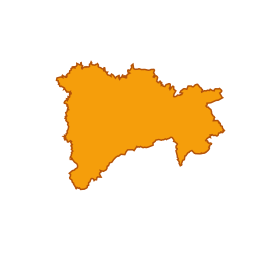 outline of Dam Rong, Lâm Đồng, Vietnam, rotated 28°
{"feature_id": "81297802B48811804766969", "entity_name": "Dam Rong", "entity_type": "district", "adm_level": 2, "iso_a3": "VNM", "parent_name": "Vietnam", "parent_adm1": "Lâm Đồng", "projection": "albers", "projection_center": [108.207, 12.042], "detail": "fine", "context": "isolated", "style": "filled", "palette": "amber", "viewbox_px": 256, "rotation_deg": 28, "n_neighbors": 0, "source": "geoboundaries", "source_scale": "gbopen_adm2", "svg_char_len": 5740}
<svg xmlns="http://www.w3.org/2000/svg" viewBox="0 0 256 256"><g transform="rotate(28 128 128)"><path d="M97.4,195.6L99.1,196.0L99.8,197.6L99.8,199.2L100.5,200.0L102.8,200.3L104.3,202.0L105.9,202.3L106.2,203.0L109.3,204.8L110.5,205.9L110.9,205.8L110.9,204.4L112.4,204.5L113.2,203.7L115.0,204.5L118.1,202.5L119.7,200.3L119.8,199.3L119.2,198.0L120.1,197.1L118.9,194.7L119.6,193.3L119.2,190.6L119.8,189.5L121.4,189.2L122.7,190.3L123.0,189.2L124.5,188.5L123.9,186.6L124.1,185.5L127.3,184.0L124.5,182.1L124.1,181.1L124.8,179.4L123.6,178.5L126.6,177.8L128.3,175.3L128.4,173.7L127.7,172.0L127.7,171.1L128.5,170.5L128.1,167.5L129.8,165.7L130.1,162.8L131.0,159.5L132.0,157.7L133.0,157.2L134.1,154.5L137.7,153.0L137.5,150.1L137.9,147.5L142.3,145.0L144.0,145.1L144.5,140.1L145.6,140.3L146.0,139.7L147.2,139.4L147.6,138.5L150.5,138.3L151.7,137.2L153.3,136.7L154.6,135.6L158.2,131.4L157.1,129.5L158.2,127.1L158.3,125.6L160.6,123.7L163.2,123.1L164.2,122.0L165.0,121.7L166.1,120.1L167.5,120.1L167.9,119.0L168.9,118.3L170.3,116.0L171.6,115.7L173.8,116.8L174.6,117.6L174.6,118.4L175.9,118.2L179.0,118.8L179.3,119.4L178.9,120.8L179.2,122.1L179.9,123.1L181.1,123.1L181.4,123.5L181.0,125.5L184.7,129.5L185.3,130.7L186.8,131.4L187.1,132.4L186.7,132.7L189.4,133.9L189.6,135.1L191.9,136.8L192.7,135.6L192.7,135.1L192.0,134.7L191.5,130.9L192.6,129.5L191.4,126.0L192.1,125.4L192.5,121.8L193.4,120.8L193.3,120.2L194.0,119.1L195.0,117.9L198.4,119.1L199.7,118.9L203.9,116.9L204.2,116.3L204.7,116.2L204.7,115.7L205.3,115.7L207.6,114.0L207.7,113.1L208.2,112.9L209.2,110.2L209.5,108.3L209.4,107.7L208.5,107.1L208.8,106.3L208.3,106.0L208.5,104.2L209.2,103.3L209.0,102.5L208.0,102.5L206.5,103.5L204.9,103.1L204.8,102.4L204.2,102.1L202.6,102.7L202.3,102.4L202.7,101.9L202.7,100.3L203.9,97.9L205.2,97.7L204.2,96.8L204.6,96.1L204.0,95.5L205.1,95.2L205.0,94.7L205.4,94.3L206.8,94.6L208.8,93.3L209.7,93.5L210.4,93.2L210.9,92.1L210.5,90.0L211.7,89.0L211.8,87.9L212.6,87.7L213.2,88.0L213.7,87.5L214.2,85.3L213.3,85.6L213.5,84.7L211.6,83.9L210.4,82.3L208.7,82.5L207.3,80.7L206.8,80.6L206.3,81.0L205.4,80.4L205.7,80.1L203.7,79.3L199.9,81.5L199.8,81.1L200.2,80.4L199.4,79.1L199.6,78.1L198.6,77.5L196.8,77.2L196.2,76.5L195.0,76.1L194.3,74.7L192.5,72.8L190.3,72.5L189.2,71.9L188.0,72.5L186.6,72.0L186.5,71.4L187.0,71.2L186.8,70.0L186.1,69.1L189.3,66.8L192.7,62.4L194.7,61.0L197.4,56.8L196.4,56.6L192.5,54.1L193.5,52.2L193.4,51.2L192.9,50.8L190.2,50.1L189.5,51.0L187.0,52.2L186.2,53.3L186.7,54.6L184.9,55.3L182.4,55.2L182.3,56.6L180.5,57.3L179.5,58.6L177.8,59.3L176.2,61.7L175.9,61.4L176.1,60.2L175.6,59.1L174.8,59.2L173.9,58.4L172.7,58.4L169.0,56.8L168.4,57.0L167.1,58.4L166.4,60.9L165.3,61.5L164.3,61.2L161.4,62.7L161.7,66.2L159.8,66.6L158.6,67.4L157.2,70.7L157.3,72.4L159.7,71.6L159.7,73.3L158.5,74.1L158.5,74.8L156.2,75.7L156.1,76.6L155.4,77.8L154.0,78.8L153.4,78.6L152.7,76.6L152.8,72.7L150.3,72.4L148.9,70.0L148.0,70.0L147.6,70.7L147.0,74.3L145.8,73.4L145.9,71.6L144.8,69.6L144.3,69.4L143.4,69.6L141.3,71.8L141.1,74.1L139.4,74.6L138.4,73.7L137.5,74.7L137.2,73.7L136.2,73.4L136.7,72.4L136.2,72.0L135.2,72.3L134.4,71.6L133.9,72.2L133.8,73.6L133.2,73.8L131.3,73.2L130.5,69.6L129.8,69.0L128.6,68.7L127.8,69.0L127.3,71.0L126.3,71.0L126.5,68.2L124.7,67.4L124.2,64.5L123.3,64.1L120.8,65.6L120.1,66.6L118.8,67.5L115.4,68.4L112.4,70.1L109.9,70.5L109.0,71.5L106.6,72.9L105.0,72.8L102.4,69.3L101.6,71.3L102.9,73.0L102.6,75.9L102.2,76.7L101.0,76.6L100.7,77.1L101.6,78.6L103.8,78.7L102.6,80.3L102.1,82.4L103.1,84.3L102.8,84.7L102.0,84.8L101.7,83.6L100.8,83.3L100.1,84.2L101.0,84.8L99.7,85.4L98.8,84.7L98.7,83.8L98.3,83.8L98.5,86.4L96.9,87.6L97.8,88.3L97.7,89.0L95.6,87.4L96.0,86.3L95.4,85.8L93.7,88.2L93.5,89.9L90.2,88.3L88.1,88.1L88.0,89.7L88.6,90.3L87.0,90.2L85.2,90.6L83.7,89.9L83.7,88.3L82.4,89.1L81.3,88.3L80.1,88.9L79.6,88.8L79.3,88.2L80.0,88.2L80.1,87.0L79.1,85.8L78.6,86.0L78.8,87.1L77.5,87.9L75.5,87.6L74.0,88.0L72.9,87.8L72.3,86.3L70.8,85.5L70.5,86.5L69.7,87.0L69.3,88.0L66.8,89.0L65.7,88.7L65.3,87.4L64.4,86.9L64.6,89.1L64.1,89.8L65.1,91.7L64.2,92.9L62.8,93.2L62.4,94.1L61.4,94.0L59.9,96.2L59.7,97.3L59.2,97.1L58.7,96.3L58.8,94.5L57.6,94.4L56.0,92.3L55.7,92.7L56.6,94.2L56.1,94.8L52.5,95.0L53.5,96.6L53.2,98.1L52.2,98.9L52.9,99.9L52.3,100.0L51.3,99.5L50.7,99.7L50.2,100.4L51.0,100.8L49.8,102.2L50.6,103.4L49.7,104.9L50.6,107.0L49.6,107.8L48.9,109.9L49.8,110.8L49.9,112.1L49.3,112.4L49.4,111.7L48.9,111.4L47.4,112.6L45.4,112.2L45.4,112.9L46.7,114.1L44.8,114.4L41.8,117.2L42.5,119.5L44.2,119.1L44.8,120.1L45.6,120.8L46.3,120.8L46.1,122.0L47.5,122.2L48.3,123.2L49.4,122.9L49.6,122.4L53.0,122.5L53.2,124.0L53.7,123.3L54.4,123.3L55.6,124.4L56.4,124.2L57.1,125.0L58.9,123.9L59.7,124.4L60.1,123.2L60.5,124.1L61.0,123.7L61.5,123.9L61.6,124.9L61.2,125.1L60.7,124.8L60.6,125.7L61.5,126.8L61.9,128.4L61.6,128.7L60.9,128.1L60.3,128.3L61.5,130.5L60.4,130.9L61.5,131.5L61.6,132.2L60.7,131.9L60.3,132.4L59.7,134.1L59.7,135.4L60.2,136.0L61.6,135.6L63.6,135.8L64.2,136.6L63.5,136.7L63.8,137.3L65.5,137.8L65.7,139.4L66.9,139.5L67.0,139.8L65.9,140.2L66.5,142.3L65.8,143.7L67.9,145.8L67.3,147.5L67.6,147.8L68.2,147.2L68.0,149.1L69.3,149.0L69.7,150.6L72.8,151.5L73.0,153.2L75.0,154.6L75.8,157.5L75.6,159.2L76.8,160.8L76.1,161.9L76.6,162.5L76.6,163.8L75.6,164.1L76.4,164.9L75.1,165.8L77.5,166.1L76.7,167.1L77.1,167.5L77.9,166.7L78.0,167.9L78.7,167.4L79.8,167.3L81.1,168.7L81.9,168.4L83.2,166.2L84.5,166.5L84.2,167.5L85.2,168.1L85.7,168.8L86.4,168.7L86.1,170.4L86.9,170.4L86.9,171.2L88.2,171.9L87.9,173.3L90.1,174.3L89.6,176.2L90.4,176.8L90.4,177.9L90.9,179.0L90.7,180.3L91.0,181.6L92.3,180.9L93.0,181.2L93.1,181.8L92.7,182.4L93.9,181.9L96.7,183.2L99.6,183.6L100.9,184.5L101.7,185.9L101.9,186.9L100.6,189.1L100.5,190.2L98.9,191.8L97.4,195.6Z" fill="#f59e0b" stroke="#b45309" stroke-width="1.5"/></g></svg>